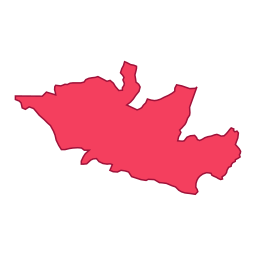 the district of Melaka Tengah, Melaka, Malaysia
{"feature_id": "92858781B41999482633518", "entity_name": "Melaka Tengah", "entity_type": "district", "adm_level": 2, "iso_a3": "MYS", "parent_name": "Malaysia", "parent_adm1": "Melaka", "projection": "albers", "projection_center": [102.271, 2.246], "detail": "fine", "context": "isolated", "style": "filled", "palette": "rose", "viewbox_px": 256, "rotation_deg": 0, "n_neighbors": 0, "source": "geoboundaries", "source_scale": "gbopen_adm2", "svg_char_len": 2646}
<svg xmlns="http://www.w3.org/2000/svg" viewBox="0 0 256 256"><path d="M15.4,96.0L15.4,99.5L19.4,101.1L21.1,103.0L22.2,107.9L25.4,109.3L29.2,106.9L33.6,108.5L36.6,112.0L39.3,115.3L44.0,119.4L47.5,122.9L50.5,125.6L53.5,131.1L55.1,135.2L56.2,140.1L58.7,145.3L61.4,149.6L64.9,149.6L69.5,148.5L72.8,148.0L77.7,147.7L81.5,148.0L84.3,150.2L88.6,150.2L89.2,150.2L86.2,152.9L85.1,154.0L83.2,157.0L81.3,161.1L81.3,164.1L83.7,164.1L86.7,163.8L90.8,160.0L93.2,158.9L96.5,158.6L99.0,161.6L103.0,163.5L107.1,164.1L110.4,163.8L112.3,164.6L110.9,168.1L109.9,170.3L113.1,171.7L117.5,172.0L121.0,170.3L125.1,170.9L128.6,172.0L131.6,176.6L140.9,179.6L146.1,180.4L148.3,179.3L154.3,179.6L159.4,182.6L162.1,182.8L166.5,183.4L172.2,185.8L175.5,186.9L178.8,190.2L181.5,191.8L185.0,192.9L190.2,193.5L194.6,194.2L195.3,194.3L196.7,192.8L197.8,191.7L197.2,189.6L195.8,187.2L196.0,183.4L196.9,180.4L198.3,177.8L200.0,176.0L202.6,174.1L204.4,173.4L206.5,172.7L208.9,172.9L211.0,173.3L211.9,175.2L213.8,176.2L216.4,177.3L218.3,178.5L220.6,179.5L222.5,179.0L222.0,176.9L223.4,175.9L225.0,174.8L226.5,172.6L227.0,170.3L228.6,167.3L231.1,166.3L231.4,164.5L232.6,162.8L235.2,161.4L235.4,159.7L237.9,158.4L240.1,156.9L239.4,154.8L240.3,153.2L240.6,151.3L239.1,148.7L237.3,146.6L235.4,144.5L236.5,141.4L237.8,138.0L238.4,133.0L237.0,131.1L234.9,131.8L233.5,130.5L233.8,129.0L231.2,127.9L229.7,129.5L228.1,131.6L226.3,133.7L224.1,135.8L221.1,136.1L218.9,135.1L216.9,134.4L214.5,134.9L211.2,136.1L207.9,136.7L204.9,137.7L202.3,139.3L199.7,140.5L197.4,139.6L196.5,137.5L194.6,135.4L192.4,135.6L190.3,135.8L187.0,137.2L184.2,140.8L182.4,141.2L177.7,140.8L178.6,136.7L180.0,134.4L180.9,132.3L179.6,130.0L181.9,127.8L183.3,126.2L184.9,124.5L186.1,122.4L187.6,118.2L189.6,115.2L189.9,112.8L189.7,109.6L189.6,107.2L196.9,86.9L195.6,88.3L189.7,88.6L181.8,85.9L176.6,84.8L174.9,88.1L174.7,91.3L172.2,93.2L168.4,95.4L164.1,97.3L160.5,99.2L157.0,100.3L154.5,100.6L151.0,100.1L147.4,99.0L145.8,102.8L143.4,105.2L141.7,107.7L139.5,109.0L137.1,109.9L126.7,105.0L130.6,102.0L133.3,99.0L135.5,95.7L139.0,91.3L140.1,87.0L138.7,84.3L136.0,82.1L135.5,78.5L134.9,75.0L136.0,70.6L136.5,68.2L136.5,66.3L133.8,65.2L130.6,64.6L127.0,62.7L124.6,61.7L123.5,65.5L121.8,68.7L120.5,72.8L122.7,75.3L124.0,77.4L122.9,79.9L124.3,83.2L124.0,85.3L122.4,87.8L122.4,90.2L118.8,90.5L115.3,86.4L113.4,83.2L110.1,80.4L106.9,81.3L102.8,79.1L97.9,76.6L95.2,77.4L92.4,77.7L88.9,78.3L85.9,79.6L84.0,82.1L80.7,82.9L76.4,82.9L72.8,82.9L70.1,83.2L67.4,84.5L64.9,84.3L63.0,85.1L60.8,85.9L55.7,85.3L54.8,86.7L54.6,89.7L55.4,92.7L55.7,94.9L46.4,92.1L42.3,96.2L15.4,96.0Z" fill="#f43f5e" stroke="#9f1239" stroke-width="1.5"/></svg>